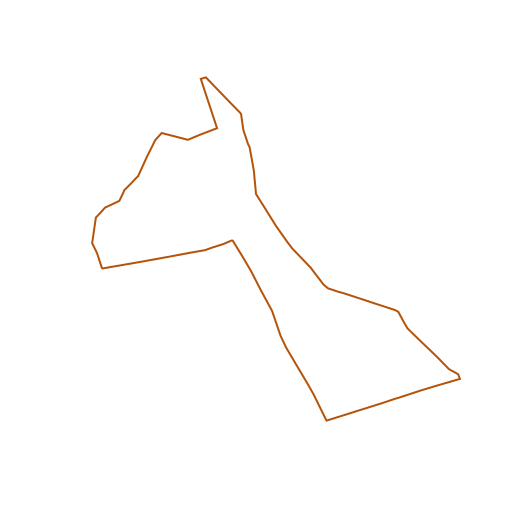 the district of Bayangol, Ulaanbaatar, Mongolia, rotated 250°
{"feature_id": "93677404B56181077288727", "entity_name": "Bayangol", "entity_type": "district", "adm_level": 2, "iso_a3": "MNG", "parent_name": "Mongolia", "parent_adm1": "Ulaanbaatar", "projection": "albers", "projection_center": [106.848, 47.91], "detail": "fine", "context": "isolated", "style": "outline", "palette": "amber", "viewbox_px": 512, "rotation_deg": 250, "n_neighbors": 0, "source": "geoboundaries", "source_scale": "gbopen_adm2", "svg_char_len": 1220}
<svg xmlns="http://www.w3.org/2000/svg" viewBox="0 0 512 512"><g transform="rotate(250 256 256)"><path d="M388.5,231.7L397.4,218.8L403.8,209.4L399.4,201.0L397.5,199.0L386.4,187.3L371.4,172.6L370.3,170.1L367.1,163.8L362.9,154.8L360.6,152.7L354.6,146.5L354.4,145.2L353.1,130.7L350.0,124.9L346.9,118.7L334.1,111.8L324.8,106.8L324.3,106.4L313.2,107.6L298.2,107.1L296.8,107.4L295.2,116.4L290.3,143.7L285.5,171.6L281.4,196.3L278.9,210.2L278.9,217.4L278.4,229.8L278.9,238.3L278.4,239.4L259.2,243.3L243.5,246.2L221.9,248.9L199.0,252.3L172.4,251.8L159.5,253.0L152.1,254.4L140.3,256.6L117.1,261.0L105.5,262.9L100.5,263.4L79.2,265.7L77.2,266.0L76.7,276.7L75.8,297.9L74.6,324.4L74.3,337.2L74.0,342.0L73.3,364.2L72.5,379.1L71.0,402.5L70.7,405.6L75.8,405.5L83.7,398.6L99.1,391.7L121.6,380.6L134.3,374.5L136.2,373.6L141.6,372.6L154.9,370.6L157.6,368.2L169.9,352.5L190.7,326.1L194.7,320.5L201.0,312.6L206.0,309.7L220.7,305.1L226.3,303.4L250.7,292.6L259.6,289.9L277.3,285.1L298.6,280.6L314.2,277.2L332.2,281.9L336.1,283.0L348.7,285.2L360.3,287.2L363.9,286.8L378.7,287.2L394.4,290.5L396.0,290.1L408.3,284.5L429.2,275.2L441.0,270.0L441.3,264.7L389.4,263.1L389.1,245.0L388.5,231.7Z" fill="none" stroke="#b45309" stroke-width="2"/></g></svg>